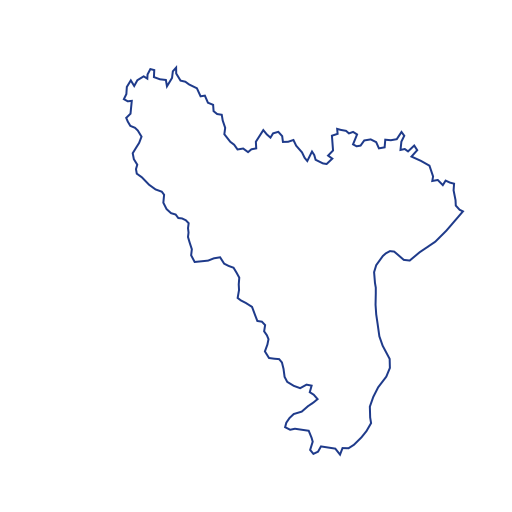 Itaipulândia, Paraná, Brazil (Robinson projection), rotated 200°
{"feature_id": "56859067B44371373624465", "entity_name": "Itaipulândia", "entity_type": "district", "adm_level": 2, "iso_a3": "BRA", "parent_name": "Brazil", "parent_adm1": "Paraná", "projection": "robinson", "projection_center": [-54.345, -25.136], "detail": "fine", "context": "isolated", "style": "outline", "palette": "blue", "viewbox_px": 512, "rotation_deg": 200, "n_neighbors": 0, "source": "geoboundaries", "source_scale": "gbopen_adm2", "svg_char_len": 2889}
<svg xmlns="http://www.w3.org/2000/svg" viewBox="0 0 512 512"><g transform="rotate(200 256 256)"><path d="M182.0,404.1L188.1,404.8L193.8,401.6L195.5,395.5L199.0,393.5L203.0,394.1L202.6,404.8L207.2,405.8L210.6,403.0L214.2,404.4L219.4,403.5L223.2,403.2L221.1,398.7L225.8,395.0L219.7,381.5L222.6,375.0L217.6,373.6L221.1,366.6L224.8,365.9L232.9,366.8L235.8,370.8L239.1,373.3L240.3,362.8L243.9,364.9L248.2,369.1L256.0,373.4L260.5,377.8L264.9,374.3L269.7,372.4L272.4,377.6L277.5,380.3L281.9,377.1L282.9,372.2L287.5,374.0L292.2,376.8L295.2,363.3L292.6,357.2L296.8,354.7L299.0,350.9L304.8,352.6L309.8,349.8L314.6,353.1L319.2,354.5L327.4,359.6L328.8,365.9L333.6,371.9L336.5,377.0L341.1,376.1L345.4,377.6L348.0,383.4L353.6,383.6L358.9,389.2L362.7,387.1L368.9,393.4L377.5,394.3L382.0,395.6L386.9,395.0L393.4,400.2L395.5,405.7L397.3,401.1L395.8,394.6L397.7,385.0L400.9,390.6L406.7,389.2L413.1,389.2L415.2,395.9L419.2,395.5L420.0,389.5L418.8,385.5L423.0,386.4L427.6,380.6L428.6,374.1L433.7,378.2L435.2,370.7L433.2,363.8L433.8,358.2L429.4,357.5L425.8,359.3L422.6,346.8L425.2,341.4L422.4,338.4L418.6,335.3L413.6,335.1L410.0,333.5L404.4,329.0L404.5,322.3L405.7,316.8L407.0,310.4L403.9,305.2L398.8,301.2L398.5,296.6L396.2,292.6L390.1,290.9L380.9,286.4L373.2,284.2L366.5,284.2L363.3,282.1L361.3,274.4L356.1,269.5L350.5,267.2L345.7,267.5L342.0,265.1L338.4,266.0L334.2,265.6L330.5,263.8L329.4,258.9L327.4,254.9L326.4,250.6L323.0,246.0L318.6,240.4L317.2,234.5L311.6,229.4L299.4,235.3L294.8,239.4L289.3,242.5L283.3,237.9L278.3,237.3L273.1,237.3L268.5,233.6L264.3,229.9L262.5,223.4L260.3,218.2L258.9,210.3L255.1,209.1L249.5,208.4L242.3,206.8L236.6,200.1L232.5,195.4L228.0,196.3L223.8,194.2L222.6,188.0L218.6,185.2L215.8,182.1L215.0,176.7L215.0,169.4L208.9,164.6L203.8,165.7L199.0,167.0L195.2,164.8L191.5,159.3L187.8,152.2L183.6,148.4L176.1,146.9L169.3,146.9L164.5,152.4L159.4,153.2L158.9,146.4L154.3,145.4L149.2,142.6L151.9,138.0L155.7,132.8L159.8,125.4L166.5,120.4L169.1,115.2L170.5,109.8L170.1,105.1L164.5,104.4L160.3,107.0L146.7,109.8L141.6,104.2L139.2,100.9L138.8,92.3L134.4,89.7L130.8,93.3L129.8,99.3L115.6,102.1L109.1,98.1L109.0,105.1L103.3,107.0L99.4,112.1L94.9,121.6L92.3,129.3L90.7,138.3L93.5,143.3L97.5,153.4L97.6,163.7L96.3,174.4L92.3,187.2L91.9,196.6L95.2,205.0L106.3,215.0L112.6,222.7L118.4,233.6L123.1,242.3L127.0,251.1L130.6,261.7L132.6,267.2L135.0,271.4L139.5,281.2L139.9,288.5L136.8,299.4L134.9,302.9L131.8,306.4L127.7,307.4L123.6,305.9L115.8,302.9L110.0,304.3L103.5,315.5L92.4,330.8L85.8,344.9L76.8,368.7L80.5,369.1L85.5,371.7L87.6,376.7L92.8,385.3L94.6,391.7L98.8,391.3L103.6,391.7L104.7,386.5L111.2,389.6L116.0,386.8L116.8,391.3L123.9,400.2L133.6,401.8L143.9,402.6L140.7,410.6L145.1,413.9L148.9,406.3L152.8,407.4L156.5,405.1L158.5,413.2L157.8,419.7L161.7,422.3L163.7,413.9L168.9,410.9L174.3,409.5L172.3,402.1L177.3,399.2L182.0,404.1Z" fill="none" stroke="#1e3a8a" stroke-width="2"/></g></svg>